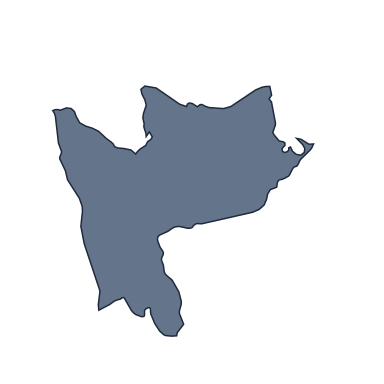 the border of Udine, rotated 248°
{"feature_id": "ITA-5455", "entity_name": "Udine", "entity_type": "Province", "adm_level": 1, "iso_a3": "ITA", "parent_name": "Italy", "parent_adm1": "", "projection": "robinson", "projection_center": [13.121, 46.147], "detail": "fine", "context": "isolated", "style": "filled", "palette": "slate", "viewbox_px": 384, "rotation_deg": 248, "n_neighbors": 0, "source": "natural_earth", "source_scale": "10m", "svg_char_len": 2641}
<svg xmlns="http://www.w3.org/2000/svg" viewBox="0 0 384 384"><g transform="rotate(248 192 192)"><path d="M117.3,61.3L122.6,62.9L134.7,69.6L184.4,72.7L201.8,76.1L215.3,83.3L219.8,84.8L228.3,85.2L250.0,81.2L259.2,82.6L272.2,81.8L273.7,82.3L276.7,85.2L278.3,86.2L287.3,86.5L313.0,93.6L316.3,93.9L319.6,93.4L319.6,95.5L319.2,97.3L318.4,99.0L317.2,100.4L317.0,107.1L316.4,108.1L314.6,111.3L310.7,113.1L305.4,112.9L298.2,113.8L293.0,118.0L288.5,123.5L283.3,128.1L273.5,132.7L268.4,135.9L265.8,137.0L263.0,137.2L260.7,139.6L257.8,145.2L254.8,149.7L253.9,151.1L248.3,154.0L250.0,156.7L251.2,159.8L252.5,166.4L252.5,166.5L255.4,169.8L256.1,173.5L257.9,175.8L263.7,175.0L260.6,170.3L263.9,171.3L270.3,171.7L273.3,173.2L279.2,174.2L283.2,176.6L289.6,182.1L295.0,182.8L301.3,182.3L304.2,182.7L306.3,183.1L307.1,185.5L307.9,188.0L301.9,197.7L281.9,210.9L278.2,213.3L273.3,218.9L275.1,220.5L275.6,222.2L275.0,224.0L273.4,225.9L272.3,226.5L269.0,229.1L269.9,231.8L269.7,233.5L268.5,234.8L266.7,236.2L263.8,239.6L257.5,252.6L256.7,260.0L262.8,289.2L262.9,296.0L262.2,299.8L260.8,303.7L252.0,302.1L249.4,298.3L245.7,299.4L225.0,295.3L223.0,294.5L217.9,290.0L216.6,289.2L214.3,289.5L206.7,291.9L204.2,295.6L202.5,296.5L200.4,295.6L198.6,291.9L196.0,291.1L194.2,292.2L193.6,294.7L194.4,297.2L196.8,298.3L196.8,300.2L192.0,300.5L187.8,302.8L185.4,306.5L186.6,310.9L190.1,312.9L194.4,312.4L202.5,309.1L200.0,312.9L192.5,318.3L191.0,322.7L187.8,319.3L186.5,316.9L181.6,305.1L180.6,303.6L178.4,301.3L177.4,300.0L176.7,298.8L176.9,297.0L176.9,296.5L176.7,295.7L176.1,294.3L171.0,288.4L170.6,287.4L170.4,286.1L170.0,283.0L170.0,280.3L170.5,277.5L170.4,276.9L169.0,274.8L164.8,272.4L164.8,265.4L161.8,261.4L157.3,258.4L153.0,254.1L150.7,247.8L150.5,240.8L158.9,189.0L160.7,185.2L161.0,183.6L160.5,181.4L160.0,180.3L159.4,179.6L159.0,178.6L159.1,176.8L159.4,175.8L160.2,174.1L164.4,168.0L165.3,166.0L166.0,163.1L165.8,160.4L164.6,155.2L164.2,146.2L163.4,143.8L161.7,142.5L159.6,141.9L153.0,141.7L148.2,142.7L146.2,142.7L144.8,141.9L142.5,139.4L141.1,138.5L139.6,138.1L135.1,138.1L128.4,136.4L126.5,136.4L124.8,136.9L117.6,140.6L104.3,142.4L94.5,141.1L91.7,139.8L86.8,136.0L84.2,134.8L72.5,134.7L67.1,125.6L64.4,123.9L66.0,119.1L68.7,113.9L69.5,113.0L70.6,112.1L75.3,109.9L84.2,108.2L94.3,108.1L96.6,108.7L98.6,109.5L99.6,109.7L100.5,109.4L101.1,108.3L101.0,106.0L100.6,104.7L99.9,103.7L98.1,102.8L97.0,102.5L96.1,102.1L95.3,101.6L94.7,100.9L94.8,99.7L95.6,98.1L99.2,94.2L100.4,93.3L101.2,92.8L103.1,92.0L105.1,91.4L119.1,89.5L119.8,88.8L120.1,87.6L119.5,85.3L119.9,82.8L120.0,79.4L118.6,73.9L117.3,61.3Z" fill="#64748b" stroke="#1e293b" stroke-width="1.5"/></g></svg>